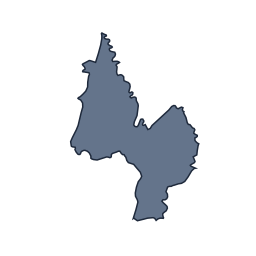 outline of Pando, Canelones, Uruguay, rotated 333°
{"feature_id": "84410073B3129113216755", "entity_name": "Pando", "entity_type": "district", "adm_level": 2, "iso_a3": "URY", "parent_name": "Uruguay", "parent_adm1": "Canelones", "projection": "albers", "projection_center": [-55.95, -34.701], "detail": "fine", "context": "isolated", "style": "filled", "palette": "slate", "viewbox_px": 256, "rotation_deg": 333, "n_neighbors": 0, "source": "geoboundaries", "source_scale": "gbopen_adm2", "svg_char_len": 3609}
<svg xmlns="http://www.w3.org/2000/svg" viewBox="0 0 256 256"><g transform="rotate(333 128 128)"><path d="M111.1,223.1L112.0,222.9L113.1,222.6L115.4,222.8L117.2,223.7L118.4,224.5L118.9,224.2L119.0,222.9L119.5,221.2L120.1,220.1L121.6,219.6L124.5,219.1L126.7,217.3L127.2,215.6L126.6,213.5L125.5,210.7L125.0,208.6L126.7,207.8L128.3,208.8L130.4,208.6L132.0,207.4L133.1,204.8L132.9,202.0L136.5,198.6L138.1,198.7L140.1,199.6L141.9,199.6L143.6,200.0L147.5,200.6L150.6,201.6L154.3,201.4L159.2,198.9L165.2,195.1L168.6,194.1L169.9,194.5L166.9,190.8L166.5,189.6L166.9,189.3L167.9,189.2L171.5,189.0L172.5,188.3L173.0,183.3L177.1,183.2L179.3,179.8L182.4,175.6L183.9,174.2L183.4,173.5L182.8,172.5L182.3,171.0L182.0,169.5L182.6,168.2L183.1,167.2L184.1,167.3L185.8,167.0L186.4,166.0L185.0,164.1L184.2,162.5L185.1,161.4L186.7,160.0L186.7,158.5L185.5,157.1L185.1,154.8L184.7,153.1L183.4,152.2L183.2,150.2L184.4,145.0L184.4,139.8L185.3,138.8L184.6,137.8L184.7,136.5L186.2,134.8L185.0,133.6L181.4,133.6L180.6,132.6L180.2,131.8L180.4,130.6L180.0,129.4L178.8,128.7L176.7,128.7L172.6,130.5L154.4,135.6L150.5,136.7L147.6,138.5L145.0,138.4L144.9,132.8L143.2,132.8L142.5,132.3L142.6,131.3L143.5,130.4L144.8,129.7L145.3,128.9L145.2,127.6L145.2,126.8L144.1,126.2L143.1,126.1L138.1,130.5L136.6,131.0L135.5,130.3L134.7,129.4L134.5,127.9L136.5,125.3L141.7,121.0L147.2,112.9L147.8,111.1L147.8,107.5L148.3,106.2L148.7,105.4L148.8,104.4L148.0,103.4L146.2,102.8L144.7,102.8L144.0,102.0L143.9,101.0L145.1,100.6L146.3,100.6L147.6,100.0L148.4,98.7L148.2,98.1L147.5,97.5L146.4,97.6L145.6,97.4L145.2,96.7L145.3,96.0L146.0,95.2L147.4,93.7L148.7,92.1L149.5,89.7L148.9,87.6L147.2,85.7L145.9,84.0L146.7,81.9L147.4,80.5L146.9,78.6L145.9,77.3L144.7,76.9L142.9,76.6L142.7,74.8L143.3,72.8L145.0,70.2L146.0,68.6L145.9,66.5L147.3,65.9L149.2,65.9L150.2,65.7L149.7,64.7L148.6,63.6L146.5,62.6L144.6,61.8L144.6,60.3L146.6,58.7L147.8,58.5L149.1,57.9L149.4,57.6L150.4,56.4L150.6,54.5L148.4,52.7L147.1,51.5L146.9,50.4L147.1,49.2L147.9,48.7L148.8,48.9L149.8,49.1L150.7,48.8L150.7,48.1L149.9,47.0L149.3,46.5L148.7,45.3L148.3,44.6L148.5,43.7L149.4,43.0L150.6,42.7L151.3,42.1L151.5,41.0L150.9,40.0L149.4,39.2L148.7,38.6L148.0,37.9L147.8,37.1L147.9,36.4L148.5,36.1L149.4,36.1L150.3,36.2L150.6,36.1L150.8,35.3L150.3,34.7L149.7,34.0L149.0,33.2L148.4,32.3L147.9,31.5L147.2,31.8L146.6,33.9L145.3,36.4L141.4,41.6L135.5,48.1L128.9,54.8L125.0,50.9L124.1,50.3L117.0,50.4L116.3,50.6L116.3,51.9L116.9,53.5L116.8,55.4L116.4,56.1L115.0,56.2L114.1,56.3L113.3,56.9L113.3,57.5L114.5,58.2L115.5,59.0L116.5,59.7L117.3,60.3L118.3,61.0L118.3,61.8L117.8,63.0L116.5,63.9L113.0,68.8L110.6,73.2L107.1,76.0L103.2,77.4L100.4,78.2L98.9,78.5L97.8,78.4L96.9,78.8L97.1,79.6L97.9,80.7L98.6,81.6L98.9,85.1L97.2,88.8L93.2,93.1L84.8,103.0L81.2,106.1L74.1,111.3L70.7,114.1L69.6,117.4L69.4,118.1L69.3,118.6L69.9,119.5L72.2,121.2L71.9,122.2L70.9,123.2L70.9,125.9L71.2,127.4L71.4,128.4L71.9,129.1L73.0,129.7L73.9,129.4L75.0,128.3L75.9,127.8L78.1,127.8L79.5,128.3L81.3,130.3L82.2,132.7L82.2,134.4L82.2,136.0L81.7,137.2L81.2,138.1L81.5,138.9L83.0,140.5L86.0,142.5L91.0,143.3L95.9,144.1L97.3,145.1L98.2,146.1L99.3,146.4L100.1,145.9L101.2,144.0L102.7,143.6L106.7,144.2L108.8,144.3L110.2,145.0L110.5,147.7L111.1,149.2L112.4,150.0L112.4,151.1L112.5,151.8L112.8,153.1L112.2,156.4L112.6,159.0L116.6,163.0L116.8,164.1L117.7,168.0L118.9,173.0L118.3,177.2L116.4,178.8L112.8,180.5L108.7,184.5L105.0,189.2L103.7,192.2L103.7,196.2L103.2,198.5L97.9,204.5L91.6,211.0L92.4,210.9L92.7,212.0L94.3,214.9L100.3,216.3L104.5,217.2L109.7,219.3L110.8,220.6L111.1,223.1Z" fill="#64748b" stroke="#1e293b" stroke-width="1.5"/></g></svg>